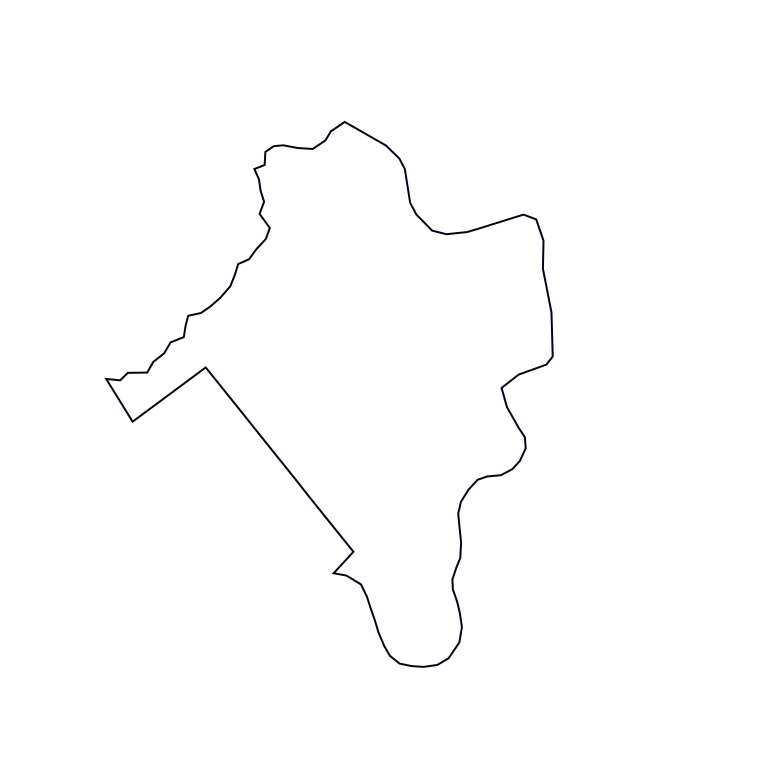 Nova Pádua, Rio Grande do Sul, Brazil (Albers equal-area conic projection), rotated 142°
{"feature_id": "56859067B79923254105734", "entity_name": "Nova Pádua", "entity_type": "district", "adm_level": 2, "iso_a3": "BRA", "parent_name": "Brazil", "parent_adm1": "Rio Grande do Sul", "projection": "albers", "projection_center": [-51.311, -28.996], "detail": "fine", "context": "isolated", "style": "outline", "palette": "ink", "viewbox_px": 768, "rotation_deg": 142, "n_neighbors": 0, "source": "geoboundaries", "source_scale": "gbopen_adm2", "svg_char_len": 1330}
<svg xmlns="http://www.w3.org/2000/svg" viewBox="0 0 768 768"><g transform="rotate(142 384 384)"><path d="M304.8,267.1L301.3,290.1L293.8,308.5L272.1,308.5L244.1,299.3L234.1,301.8L207.9,337.4L187.8,377.0L170.1,398.7L162.7,420.0L169.8,431.6L181.7,436.1L215.4,448.8L225.0,452.6L242.6,463.6L251.6,475.2L254.2,497.6L251.8,510.8L235.2,540.6L233.1,552.2L235.6,570.6L253.6,614.7L270.3,615.8L280.2,612.0L295.5,613.1L306.8,623.2L316.4,634.1L324.5,639.3L334.6,639.9L343.2,630.1L353.8,633.2L356.5,622.3L362.2,612.4L366.3,601.4L377.3,594.7L377.9,577.3L387.8,571.0L401.7,568.8L413.5,565.4L425.0,568.3L434.4,561.8L445.0,555.6L460.2,552.7L473.6,552.0L484.7,552.7L496.3,558.3L504.3,552.2L512.9,544.2L526.4,548.2L538.5,543.5L552.0,543.5L563.6,538.8L579.0,550.5L589.6,549.3L599.8,559.0L605.3,509.1L514.3,506.8L513.5,449.9L513.3,428.7L512.4,358.6L512.4,341.8L511.4,270.6L540.2,265.9L531.6,256.3L525.5,240.2L528.5,226.5L532.6,215.6L536.5,203.9L541.2,191.9L545.1,177.5L546.7,166.1L543.8,154.0L536.1,144.9L527.1,136.8L515.0,129.8L502.0,128.1L483.8,133.9L472.3,144.4L465.2,156.9L460.3,167.7L456.2,179.7L450.5,187.8L440.1,194.7L431.1,199.9L420.9,211.5L412.3,225.2L405.3,236.2L395.9,243.8L382.4,248.7L369.2,250.9L359.6,247.6L348.1,240.2L335.2,237.9L324.4,239.7L312.0,246.0L305.8,255.2L304.8,267.1Z" fill="none" stroke="#020617" stroke-width="2"/></g></svg>